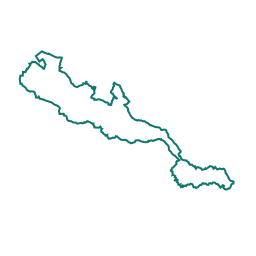 the district of Pianu, Alba, Romania, rotated 306°
{"feature_id": "2599482B69882929473118", "entity_name": "Pianu", "entity_type": "district", "adm_level": 2, "iso_a3": "ROU", "parent_name": "Romania", "parent_adm1": "Alba", "projection": "orthographic", "projection_center": [23.499, 45.822], "detail": "fine", "context": "isolated", "style": "outline", "palette": "teal", "viewbox_px": 256, "rotation_deg": 306, "n_neighbors": 0, "source": "geoboundaries", "source_scale": "gbopen_adm2", "svg_char_len": 5933}
<svg xmlns="http://www.w3.org/2000/svg" viewBox="0 0 256 256"><g transform="rotate(306 128 128)"><path d="M140.8,67.0L138.7,67.5L138.0,65.6L136.4,66.0L133.9,64.1L131.4,62.9L130.8,61.9L130.5,60.1L130.7,58.6L131.2,57.6L130.9,56.5L131.2,55.4L133.9,51.7L134.4,48.5L135.2,46.9L135.4,43.7L134.6,42.2L134.6,40.6L134.0,39.0L134.6,38.3L135.7,38.0L137.2,38.4L136.5,37.2L137.7,36.2L139.2,36.0L140.8,34.8L143.3,34.2L146.0,33.1L145.0,31.2L143.7,29.9L142.7,27.5L141.5,20.1L141.0,20.1L139.8,16.3L139.5,13.3L132.0,11.2L129.7,17.3L133.5,18.4L132.7,21.2L131.7,22.2L131.0,24.0L128.9,24.4L127.6,25.1L126.4,25.2L126.3,24.0L126.8,22.5L126.4,20.6L126.8,18.8L126.7,18.6L127.0,18.2L126.7,17.3L126.9,14.1L126.2,13.0L126.0,13.3L125.7,13.0L125.5,12.0L124.8,11.5L124.4,11.7L122.9,11.2L122.0,10.5L121.7,11.9L116.6,12.1L116.5,11.4L113.0,12.2L111.6,10.1L108.5,12.1L107.2,10.2L103.9,11.6L100.5,15.0L101.0,15.5L100.7,15.6L101.0,17.0L100.3,18.0L100.5,21.2L99.4,23.9L99.4,25.4L99.7,25.9L99.8,27.3L100.1,27.3L101.7,29.6L102.0,31.1L101.6,32.0L100.7,32.9L100.3,34.1L98.6,35.6L99.6,37.3L100.9,37.4L99.8,39.5L101.5,43.1L101.3,43.6L101.9,45.5L102.9,48.2L103.1,49.4L103.7,50.5L103.8,55.1L104.4,57.0L104.6,59.3L104.3,60.7L103.7,61.4L101.1,62.1L100.0,63.7L99.1,64.3L99.2,64.6L101.7,67.5L101.6,67.9L100.6,68.7L100.6,69.2L101.2,70.0L101.2,71.4L99.4,73.5L98.8,74.8L98.8,75.6L100.2,78.3L100.1,80.0L101.7,82.7L101.8,84.6L104.9,87.3L104.9,88.3L106.1,89.4L107.1,89.3L107.6,90.5L109.2,90.8L109.8,91.4L109.6,92.1L110.1,92.7L110.4,93.9L110.4,95.9L111.3,97.4L110.2,97.7L109.9,99.5L108.7,100.3L109.3,101.1L109.4,101.8L110.7,103.4L111.0,104.2L112.9,104.9L111.9,106.7L112.0,107.4L111.4,107.2L110.2,107.7L109.1,109.0L109.6,109.9L108.9,111.3L109.1,113.7L108.6,114.3L110.3,115.2L108.7,116.7L108.5,117.6L108.6,117.9L108.1,118.3L108.0,118.8L109.4,120.3L111.2,121.3L111.9,122.7L112.8,123.1L114.3,123.0L114.3,123.6L114.8,124.4L114.4,125.7L114.5,127.8L114.3,128.9L115.3,130.9L117.1,133.1L116.9,134.1L117.3,134.8L117.0,135.6L117.0,137.4L117.5,138.2L117.4,139.4L120.5,141.8L122.3,141.5L122.7,141.8L124.6,144.2L124.6,145.7L124.9,146.8L125.8,148.3L126.4,149.9L128.0,152.1L128.6,152.5L129.2,152.0L129.9,152.2L130.0,152.9L131.9,154.4L132.0,155.4L133.1,156.5L133.8,156.6L134.3,157.4L136.4,158.4L137.0,159.4L137.7,159.9L137.7,161.1L138.3,161.3L137.9,161.8L138.3,162.7L138.6,165.6L137.8,167.5L137.6,170.1L137.0,171.6L134.2,174.3L134.0,176.8L133.1,178.8L132.9,180.6L133.2,182.3L132.5,185.6L132.6,186.4L132.0,188.4L130.2,187.5L129.8,186.9L128.5,187.2L127.4,188.4L122.8,187.8L121.5,187.2L119.9,187.8L119.1,187.5L118.5,187.9L118.5,188.5L118.9,189.7L117.5,190.6L117.0,191.5L116.1,191.7L116.7,192.2L116.9,194.4L115.8,194.7L116.1,195.5L115.4,196.9L113.9,196.4L113.1,196.6L113.1,197.0L114.9,197.8L115.0,198.8L112.9,199.5L113.1,200.8L111.7,202.1L112.0,202.8L113.0,203.4L112.1,203.7L112.0,204.0L112.3,204.7L111.4,205.6L111.9,205.9L112.3,207.0L113.1,207.0L113.8,206.3L114.2,207.6L114.6,208.1L115.3,208.3L115.3,209.1L117.2,209.3L117.7,209.7L118.4,211.2L119.7,211.3L120.3,212.9L119.8,214.2L118.7,215.6L118.6,216.2L119.7,217.2L119.5,218.1L119.8,218.5L121.5,219.4L124.4,219.8L125.0,220.8L127.1,220.8L127.6,221.3L127.5,222.3L128.4,223.0L128.8,223.9L128.5,225.1L129.1,226.4L131.0,226.2L131.9,227.2L131.9,228.2L132.4,228.7L133.6,228.6L134.7,230.0L134.9,230.8L134.6,232.2L135.4,233.5L134.9,234.6L135.1,235.4L134.7,236.5L134.2,236.8L134.1,237.8L134.7,237.7L135.9,238.5L137.2,238.1L137.4,238.2L137.7,239.5L137.4,239.9L136.2,239.8L135.6,240.6L135.4,242.3L135.9,243.0L135.8,243.4L137.2,244.5L138.1,244.8L138.9,245.7L140.1,245.7L142.9,244.9L144.2,245.1L144.9,245.9L145.7,245.7L146.7,244.8L145.6,242.0L145.9,240.3L146.5,239.4L146.6,238.6L147.4,237.8L148.9,234.2L148.8,233.6L150.6,231.8L150.7,231.1L151.3,230.3L151.2,229.1L149.9,228.2L149.3,226.9L149.2,226.0L146.9,224.6L147.7,221.5L146.0,221.5L145.3,221.1L146.4,219.4L145.3,216.6L144.6,216.6L140.7,215.2L140.4,214.7L140.6,214.3L139.9,214.3L138.9,213.6L137.6,212.2L138.3,211.0L137.5,207.7L136.8,206.9L135.1,206.9L135.4,206.4L135.4,205.5L136.4,204.8L135.5,203.6L135.5,202.7L135.9,201.4L134.6,199.6L134.7,199.1L135.2,198.8L135.1,197.8L136.0,197.2L135.7,195.2L136.2,194.5L135.5,193.7L135.0,192.2L134.5,191.6L134.2,189.3L135.4,187.8L135.9,186.6L135.3,186.1L135.4,185.8L136.5,184.4L137.1,184.2L139.4,184.7L140.2,184.3L140.3,183.4L140.8,182.5L140.7,181.6L142.1,179.0L142.9,176.4L143.0,175.8L142.7,175.0L144.0,171.5L144.3,170.0L144.2,167.0L144.5,166.1L145.3,165.0L145.8,164.9L146.6,164.1L147.5,161.3L148.4,160.6L148.6,159.9L148.1,158.2L146.2,156.6L146.0,155.8L146.5,154.9L146.8,153.6L146.7,152.8L144.9,149.7L144.0,146.0L144.0,145.2L143.2,144.2L143.6,142.7L143.6,141.0L143.1,139.5L143.3,137.9L143.0,137.0L142.4,136.5L142.0,134.5L140.7,132.5L140.7,131.9L139.4,131.1L139.3,129.9L138.9,129.3L138.9,126.3L138.6,125.8L139.8,122.1L141.2,119.7L141.5,118.7L141.9,118.0L143.4,117.0L143.4,116.4L144.1,115.6L144.2,113.0L144.6,111.5L147.1,113.2L148.1,113.4L148.7,113.1L150.1,113.6L151.6,108.0L151.1,107.9L150.7,107.4L151.1,106.6L150.9,106.3L151.3,106.1L151.2,105.7L152.0,105.6L152.2,104.6L153.6,104.2L153.8,102.9L154.3,101.6L156.0,99.1L156.2,98.1L157.2,96.9L157.4,96.1L156.6,93.0L156.5,90.2L155.8,90.1L154.6,90.7L154.1,91.8L153.3,92.2L152.2,91.9L150.5,92.8L147.7,92.7L146.9,93.1L146.4,94.4L146.9,95.5L146.0,96.9L145.4,101.5L145.1,101.4L144.8,100.4L145.4,98.2L143.6,98.4L142.7,99.0L140.5,99.1L138.5,100.2L137.6,100.0L136.9,100.8L136.4,100.5L135.5,98.4L136.5,97.7L136.6,96.7L135.5,94.7L135.5,91.6L134.7,89.8L134.6,88.4L133.6,86.9L132.3,86.1L131.6,84.6L131.2,84.3L131.7,84.1L132.0,83.5L130.8,80.8L131.4,80.2L132.6,79.8L136.2,80.4L137.2,79.9L137.5,79.3L139.0,78.1L140.7,78.2L141.6,77.8L141.3,77.3L141.3,76.9L139.8,77.3L140.0,77.1L139.9,76.7L140.2,76.3L141.3,76.5L141.1,76.0L139.9,76.2L139.6,77.0L139.6,76.4L139.5,76.5L139.2,77.2L139.5,77.5L139.3,77.8L138.9,76.6L139.2,75.0L139.9,74.1L140.0,73.4L139.5,72.0L140.0,69.2L139.1,68.0L140.9,67.4L140.8,67.0Z" fill="none" stroke="#0f766e" stroke-width="2"/></g></svg>